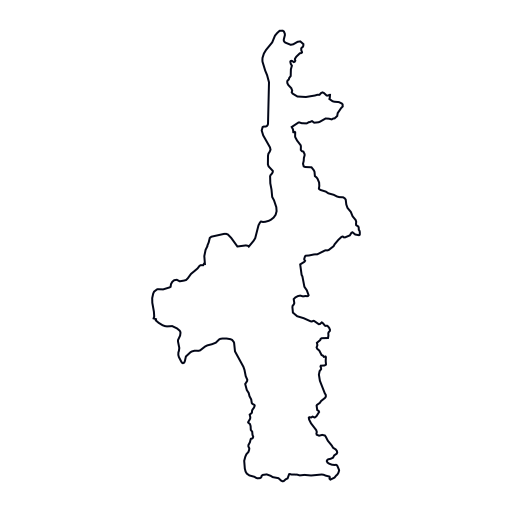 Mandalay, Mercator projection
{"feature_id": "MMR-3267", "entity_name": "Mandalay", "entity_type": "Division", "adm_level": 1, "iso_a3": "MMR", "parent_name": "Myanmar", "parent_adm1": "", "projection": "mercator", "projection_center": [96.206, 21.524], "detail": "fine", "context": "isolated", "style": "outline", "palette": "ink", "viewbox_px": 512, "rotation_deg": 0, "n_neighbors": 0, "source": "natural_earth", "source_scale": "10m", "svg_char_len": 6054}
<svg xmlns="http://www.w3.org/2000/svg" viewBox="0 0 512 512"><path d="M279.6,30.8L282.7,30.7L283.9,31.5L284.8,33.7L284.9,35.1L283.8,39.4L283.8,40.8L284.4,41.8L285.3,42.6L290.7,44.8L293.2,44.3L297.6,41.8L300.3,41.4L303.4,44.1L303.3,45.8L302.9,46.8L301.6,47.8L301.2,48.7L301.3,50.4L301.9,51.7L302.0,52.5L301.1,53.1L299.8,53.3L296.3,56.7L295.0,58.7L294.9,59.2L295.3,60.7L294.7,61.7L293.8,62.1L292.4,61.1L291.4,60.8L290.6,61.1L290.3,61.8L290.8,63.9L291.9,65.7L290.9,69.2L290.7,76.0L289.2,78.0L288.8,79.5L287.5,80.6L287.2,81.8L287.4,83.3L288.3,85.0L291.3,88.2L292.2,90.7L291.7,92.3L292.6,93.6L297.4,96.5L305.9,97.0L315.0,95.5L317.3,94.8L319.5,94.8L321.0,93.1L322.5,92.4L323.9,93.0L326.6,95.5L327.9,95.6L329.4,94.9L330.0,94.9L329.8,97.7L329.4,99.0L332.5,101.2L334.2,101.7L338.9,102.1L341.8,103.5L342.6,104.4L342.7,106.5L341.1,108.1L337.7,113.1L337.2,116.0L334.6,118.4L333.3,118.5L331.7,119.4L328.9,118.7L325.6,118.5L319.6,121.9L318.3,122.3L314.2,122.7L312.0,121.1L309.7,122.1L308.9,122.1L307.1,123.2L306.4,123.4L301.7,123.2L299.2,122.4L298.5,122.5L291.7,127.0L293.0,129.4L293.3,132.2L293.8,132.3L294.8,131.9L295.2,132.3L295.1,136.3L295.3,137.3L297.1,140.6L300.7,145.3L300.9,146.7L300.8,149.9L301.9,151.2L303.4,151.6L304.6,154.2L304.6,155.4L303.9,157.9L303.7,160.9L303.0,163.8L303.7,166.4L305.1,167.0L311.5,167.3L313.9,170.4L314.5,171.8L314.9,176.1L316.5,177.4L317.5,178.7L319.1,182.5L319.3,186.0L318.9,188.5L319.0,188.9L319.6,189.4L320.6,190.0L325.8,191.6L328.3,193.3L333.7,194.8L337.0,196.5L339.2,197.1L343.1,197.3L344.7,198.3L345.7,199.6L346.3,204.5L347.5,207.9L350.8,211.9L352.6,216.3L355.7,220.1L356.2,221.8L356.0,224.0L356.2,225.2L358.3,226.5L358.7,227.6L358.8,229.8L359.6,231.0L359.8,232.3L359.8,234.3L359.5,235.0L358.9,235.2L355.2,234.5L352.5,232.3L351.5,232.7L349.8,235.4L345.0,237.4L343.7,237.3L343.3,236.8L342.7,236.5L341.5,236.9L338.4,239.8L334.6,244.3L333.6,246.2L328.7,250.0L327.3,250.4L325.6,250.3L324.7,250.6L317.3,254.3L314.2,254.4L308.9,255.5L305.8,255.7L305.3,256.0L304.9,256.7L304.2,259.0L304.3,259.6L305.1,260.8L304.4,261.8L300.2,264.4L301.6,274.9L302.4,276.4L304.4,286.8L306.8,290.3L308.6,295.2L308.0,296.0L307.1,296.2L305.6,296.0L303.0,296.4L300.2,295.6L297.9,296.1L295.4,297.4L293.7,299.1L294.3,303.1L293.7,304.6L292.7,305.6L292.4,307.1L292.9,312.6L297.1,316.2L303.7,318.2L310.6,321.3L311.8,321.5L313.5,320.8L314.2,321.0L318.8,324.2L320.0,324.0L321.8,322.4L323.0,323.3L324.9,325.6L325.5,325.9L327.0,325.7L327.9,326.3L329.2,327.9L330.0,329.9L329.8,331.0L328.6,332.3L328.3,333.2L328.4,335.8L328.0,338.0L321.8,338.2L320.7,338.8L320.2,340.1L316.9,342.8L317.4,345.1L316.6,347.4L317.2,348.8L319.3,350.6L321.6,355.1L322.9,355.6L323.9,356.9L325.5,356.5L325.9,357.1L325.7,361.0L326.0,364.4L325.8,364.8L324.4,365.5L320.8,365.7L320.5,366.5L321.1,368.1L321.1,369.2L319.6,371.1L318.9,374.7L319.9,380.8L324.7,393.1L325.8,395.0L325.8,396.7L325.0,397.9L321.1,401.0L319.8,402.9L317.0,404.9L316.6,405.6L317.2,410.0L318.7,411.0L319.1,412.0L316.5,416.1L315.1,417.3L314.5,417.5L312.6,416.6L311.1,417.5L309.3,417.2L308.8,417.7L309.1,419.5L311.0,423.3L316.2,430.1L316.8,432.0L316.4,433.5L316.7,434.7L319.1,435.7L322.2,434.9L324.9,435.5L325.8,436.8L327.8,440.7L331.8,445.6L333.1,447.8L335.7,449.4L336.9,451.0L337.2,452.6L336.7,453.7L334.2,455.4L333.0,457.7L330.6,458.8L328.2,459.3L327.2,460.1L326.9,460.6L326.8,461.2L327.5,462.6L329.2,463.7L331.9,464.7L334.7,465.0L336.0,464.8L336.8,465.2L337.4,466.0L339.0,469.8L339.1,470.5L338.4,472.8L337.3,474.6L336.2,475.5L334.5,477.6L330.4,479.6L329.5,478.7L329.8,477.2L329.5,476.6L325.6,475.6L323.7,474.8L321.7,474.5L311.1,475.5L304.5,474.9L299.8,475.4L297.0,474.6L291.3,474.5L289.8,474.0L289.1,474.2L287.6,478.4L285.7,479.3L283.7,481.1L282.6,481.3L281.2,480.7L278.5,478.2L272.7,477.1L270.6,475.8L266.7,474.4L262.9,474.9L261.7,475.7L261.3,477.1L260.9,477.6L260.0,478.1L257.5,478.3L256.2,477.9L254.4,476.8L249.3,475.4L246.8,473.6L245.6,471.6L244.8,468.5L244.2,460.8L245.3,456.7L246.4,454.2L248.4,452.0L249.1,450.0L249.3,448.3L248.4,446.5L248.4,445.1L249.9,442.3L250.7,439.2L250.9,438.8L252.2,438.5L252.9,437.8L253.2,436.7L252.5,434.9L252.2,431.7L250.8,429.9L250.6,426.1L250.0,424.1L248.3,422.7L248.1,422.2L250.1,418.8L250.3,417.3L249.7,414.6L251.6,413.1L252.0,412.2L252.0,411.0L252.4,409.8L254.0,407.6L254.7,405.7L254.4,404.9L252.5,403.9L251.8,403.1L251.2,399.4L249.5,396.2L248.7,393.0L246.8,390.0L245.2,384.0L247.1,381.1L247.3,379.8L245.7,376.1L244.5,370.0L243.4,366.8L235.0,351.4L234.1,342.9L233.7,341.9L232.1,339.9L230.5,339.2L226.4,338.5L222.6,338.5L220.2,338.9L219.2,339.4L215.8,342.7L212.0,344.2L207.3,345.4L205.1,346.5L200.1,350.4L198.6,350.8L194.7,350.7L192.0,351.4L190.5,352.2L185.9,356.5L184.9,361.0L184.2,362.6L182.9,363.2L182.2,362.9L181.4,361.9L178.9,357.1L178.3,354.9L178.4,352.4L178.9,350.9L179.3,348.0L178.0,341.5L178.0,340.1L180.1,335.6L180.5,332.8L180.2,331.5L179.6,330.6L177.0,328.4L172.2,326.1L167.0,326.4L164.9,326.1L162.5,325.2L158.6,322.8L155.8,320.4L156.0,319.2L153.6,318.4L154.2,316.4L153.9,311.7L152.3,302.8L152.2,298.1L153.2,293.6L154.1,291.6L157.0,289.4L157.7,289.2L163.1,289.4L169.6,287.4L170.6,286.8L171.0,284.1L172.3,281.8L174.2,280.2L176.8,279.8L179.7,281.3L183.9,280.6L186.1,280.0L187.8,278.3L191.0,273.9L197.5,268.5L199.5,265.9L200.6,265.2L203.2,265.2L204.0,263.7L204.9,263.9L204.3,256.1L205.6,249.8L207.4,246.2L207.4,245.5L208.7,242.4L209.8,237.9L211.4,236.7L224.0,233.9L226.3,233.9L227.9,234.5L231.2,237.9L237.4,246.5L245.9,245.4L248.2,245.9L248.8,246.6L253.6,240.8L255.2,238.2L258.5,225.3L260.0,222.5L261.0,221.5L262.9,222.0L265.2,221.8L268.8,220.8L270.8,219.8L273.6,217.6L275.6,214.8L276.6,211.2L276.3,207.2L274.0,200.3L272.2,197.0L271.5,189.6L270.3,183.3L270.1,176.3L270.5,175.2L272.1,173.4L272.8,171.9L272.8,170.9L268.6,166.4L267.9,164.4L268.0,155.8L268.4,153.7L269.7,151.7L270.5,149.7L270.0,147.4L263.2,135.4L261.7,130.5L262.6,127.1L263.5,126.6L265.9,126.5L267.0,125.9L267.7,124.9L268.0,123.9L269.0,82.3L267.1,75.2L265.2,70.6L262.5,61.7L262.4,60.1L262.5,57.9L263.9,53.5L266.0,50.0L272.2,42.4L275.0,35.6L277.2,33.0L279.6,30.8Z" fill="none" stroke="#020617" stroke-width="2"/></svg>